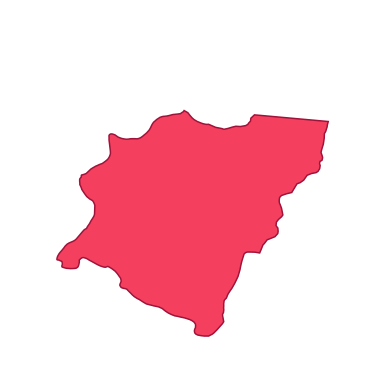 Mandele, Saint Lucia (Natural Earth projection), rotated 125°
{"feature_id": "8701671B24321034687398", "entity_name": "Mandele", "entity_type": "district", "adm_level": 2, "iso_a3": "LCA", "parent_name": "Saint Lucia", "parent_adm1": "", "projection": "natural_earth1", "projection_center": [-60.884, 13.895], "detail": "fine", "context": "isolated", "style": "filled", "palette": "rose", "viewbox_px": 384, "rotation_deg": 125, "n_neighbors": 0, "source": "geoboundaries", "source_scale": "gbopen_adm2", "svg_char_len": 5207}
<svg xmlns="http://www.w3.org/2000/svg" viewBox="0 0 384 384"><g transform="rotate(125 192 192)"><path d="M203.1,101.6L198.9,102.5L194.8,103.5L192.8,103.2L188.0,103.0L186.4,101.9L181.0,98.4L176.9,97.9L176.6,98.0L174.8,98.9L172.8,100.6L172.3,101.0L172.1,101.7L171.3,103.9L168.2,105.6L164.9,105.4L160.8,104.4L158.7,104.4L156.3,106.9L154.0,109.3L152.0,112.2L150.7,114.3L148.8,115.8L146.5,117.0L144.9,117.0L143.2,116.5L142.6,116.0L139.3,113.6L135.2,110.0L132.5,110.2L125.1,110.7L122.9,109.2L122.4,108.8L121.8,108.6L118.2,107.3L112.3,107.3L108.3,104.7L105.0,101.5L103.6,100.9L102.8,100.6L99.7,100.8L97.4,101.9L96.8,102.2L95.7,103.7L95.0,104.1L94.3,104.4L93.5,104.7L92.2,104.0L91.4,103.7L90.1,104.2L88.9,104.7L87.7,106.1L85.6,109.0L84.2,109.6L81.1,110.7L79.5,111.2L77.4,111.9L72.0,114.6L70.0,115.9L68.3,117.0L67.4,117.1L65.8,117.2L61.1,118.7L59.4,119.6L56.1,120.8L93.0,185.1L97.8,186.1L100.5,184.7L102.6,185.1L104.7,185.1L106.8,186.1L110.6,189.9L113.0,193.8L115.7,196.2L119.3,199.0L122.3,201.8L122.9,203.9L125.5,209.8L127.0,217.2L128.5,219.2L129.7,222.0L130.3,224.1L131.2,228.0L131.5,231.8L131.2,234.6L130.3,238.1L129.4,240.9L129.7,244.0L129.8,245.2L131.0,245.1L133.2,246.0L134.6,246.5L135.3,247.3L137.1,249.3L139.5,252.1L142.6,254.7L143.1,255.2L143.8,255.8L144.4,256.4L144.9,257.0L145.2,257.3L145.7,257.9L145.9,258.1L146.4,258.7L146.5,258.9L146.9,259.3L149.1,261.0L152.8,262.5L155.4,263.1L156.4,263.4L157.3,263.5L158.5,263.5L160.5,263.3L163.3,262.8L164.6,262.7L166.4,262.6L167.4,262.8L169.4,263.0L171.0,263.4L171.7,263.6L172.1,263.7L172.3,263.8L173.5,264.1L175.0,264.5L177.1,265.3L178.3,266.1L178.8,266.4L179.3,266.9L179.5,267.1L179.9,267.4L180.8,268.9L181.0,269.2L182.8,271.8L183.5,272.7L184.4,273.7L185.2,274.5L185.4,274.7L185.8,275.3L186.1,275.7L186.4,276.0L186.8,276.7L186.9,277.0L187.1,277.3L187.4,277.9L187.5,278.2L188.0,279.2L188.7,281.1L189.4,284.0L189.4,288.1L189.6,288.6L189.8,289.4L190.3,290.8L191.1,291.9L192.3,292.5L193.5,292.3L194.2,291.8L194.5,291.5L196.1,290.4L197.1,289.7L197.4,289.4L202.3,285.0L205.0,282.6L205.5,282.2L206.4,281.5L206.6,281.3L206.9,281.2L207.4,280.8L207.8,280.6L209.4,280.2L209.7,280.1L210.0,280.0L211.3,279.8L213.6,279.8L216.6,280.6L218.9,281.4L220.0,281.8L220.6,282.2L220.9,282.4L221.7,283.0L223.6,284.2L224.2,284.5L226.4,285.9L227.0,286.1L227.5,286.3L228.4,286.8L229.8,287.4L231.2,288.0L233.3,288.4L236.2,289.0L237.6,289.3L238.5,289.9L238.7,290.0L239.1,290.3L240.9,291.7L241.2,292.0L241.4,292.2L241.8,292.2L243.4,291.3L244.5,291.4L245.2,291.5L246.2,291.2L247.4,290.4L248.5,289.5L249.0,289.0L250.3,288.1L251.5,285.9L253.1,283.7L254.0,281.5L255.0,278.9L256.1,275.6L256.4,271.7L256.1,268.6L256.5,267.4L257.6,265.4L258.6,264.0L259.6,263.3L263.5,260.8L266.1,259.1L268.0,258.5L270.7,258.3L273.5,258.2L276.7,257.8L280.1,257.8L282.5,257.5L283.7,258.2L285.1,258.7L288.9,259.1L293.4,259.5L296.8,259.8L299.1,260.4L300.8,261.3L303.2,262.8L304.3,263.5L306.4,264.4L309.4,264.9L311.6,264.9L312.6,265.0L314.2,265.1L315.9,265.3L316.8,265.4L318.6,265.5L319.8,265.4L321.8,265.2L323.3,264.7L324.2,264.3L324.7,264.0L324.9,263.4L324.4,262.6L324.2,262.2L323.9,260.4L323.6,259.4L323.7,258.6L324.2,257.9L325.0,257.2L325.7,256.7L326.5,256.5L327.4,256.1L327.9,255.5L327.7,254.4L327.3,253.2L326.5,251.0L326.1,250.4L325.1,248.7L324.8,248.2L324.5,247.6L323.3,246.0L322.2,244.6L321.5,243.8L320.7,243.1L319.4,242.6L318.9,242.5L317.5,242.7L316.8,242.9L315.4,243.5L314.4,243.9L313.6,244.4L312.7,245.1L312.3,245.3L310.4,244.9L310.0,244.8L309.3,244.5L308.7,244.1L308.1,243.6L307.7,242.6L307.2,241.2L307.1,240.9L306.8,239.0L306.8,238.0L306.7,236.6L306.4,234.3L306.0,230.4L305.7,227.8L305.4,226.1L305.2,225.0L304.9,223.7L304.4,222.2L304.1,221.3L303.9,220.9L303.5,220.1L303.3,219.8L302.4,219.1L301.8,218.7L301.2,218.2L301.0,217.0L300.8,214.6L300.8,212.6L300.9,210.3L300.9,209.6L301.5,207.2L301.7,206.5L302.2,204.9L302.9,203.1L303.2,202.1L303.4,201.5L304.1,200.4L305.0,199.5L305.3,199.2L305.9,198.8L307.0,198.5L308.1,198.3L309.1,198.0L309.9,197.5L310.7,195.8L310.7,194.4L310.3,193.2L310.0,192.4L309.6,191.6L309.4,191.1L309.0,189.7L309.3,188.4L309.7,186.2L310.0,184.4L310.5,181.9L310.6,181.3L310.6,180.5L310.7,180.2L310.8,179.2L310.7,177.1L310.7,176.3L310.5,174.6L310.4,174.1L310.3,173.2L310.2,170.6L310.2,169.6L310.1,168.4L310.0,166.7L309.9,166.1L309.9,165.3L308.9,162.6L307.5,158.9L307.2,158.0L305.3,153.6L304.5,149.6L304.7,147.3L304.8,145.5L304.7,141.9L304.1,138.3L303.3,135.0L302.2,132.7L300.9,129.4L299.4,125.9L297.8,120.8L297.4,118.2L297.4,115.7L298.2,113.5L299.4,112.4L301.3,111.3L302.8,111.1L304.4,110.4L305.8,109.0L306.2,107.2L305.9,105.3L304.6,102.4L303.0,99.4L301.3,97.0L300.4,95.7L298.8,94.9L297.2,94.0L295.2,93.3L293.0,92.9L290.7,92.5L287.1,92.1L283.1,91.6L282.0,91.5L280.4,91.7L280.1,91.6L278.8,92.9L277.5,94.2L276.1,95.7L274.7,96.8L272.7,97.1L272.3,97.3L270.4,98.3L268.8,99.6L266.9,100.8L265.4,101.9L263.3,103.0L262.4,103.4L260.5,103.3L259.4,103.0L258.2,103.2L256.0,103.8L254.1,104.0L251.2,104.1L247.6,104.1L244.7,104.4L241.8,104.7L238.7,105.2L234.7,105.9L233.8,106.2L229.7,107.6L228.2,108.1L226.9,108.7L222.7,110.5L219.5,111.7L215.1,113.1L212.8,113.8L210.9,113.3L209.4,112.2L207.6,109.6L205.7,106.7L205.0,105.6L203.8,103.0L203.1,101.6Z" fill="#f43f5e" stroke="#9f1239" stroke-width="1.5"/></g></svg>